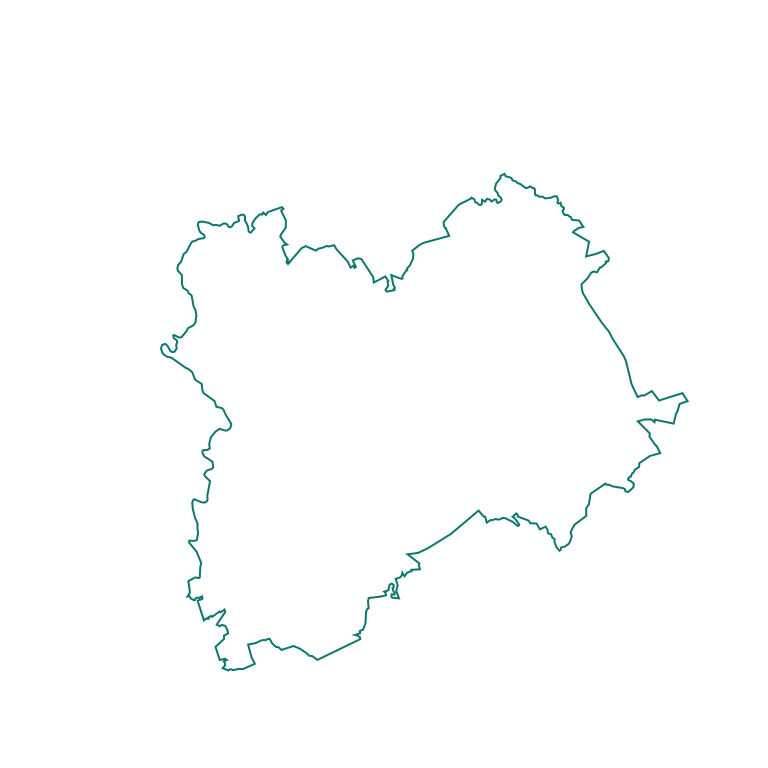 Valle de Santiago, Guanajuato, Mexico, rotated 335°
{"feature_id": "50627088B5903999082745", "entity_name": "Valle de Santiago", "entity_type": "district", "adm_level": 2, "iso_a3": "MEX", "parent_name": "Mexico", "parent_adm1": "Guanajuato", "projection": "orthographic", "projection_center": [-101.283, 20.397], "detail": "fine", "context": "isolated", "style": "outline", "palette": "teal", "viewbox_px": 768, "rotation_deg": 335, "n_neighbors": 0, "source": "geoboundaries", "source_scale": "gbopen_adm2", "svg_char_len": 6166}
<svg xmlns="http://www.w3.org/2000/svg" viewBox="0 0 768 768"><g transform="rotate(335 384 384)"><path d="M246.9,223.1L244.1,233.7L244.4,237.0L243.1,242.2L238.9,248.9L235.6,250.3L229.9,250.6L226.9,252.9L220.0,256.1L217.5,255.0L214.9,251.3L213.6,250.8L212.8,253.4L214.6,256.8L214.3,258.5L212.0,261.1L211.2,264.0L207.7,266.3L205.7,265.6L204.3,263.9L203.9,257.6L202.6,255.1L199.4,254.9L196.9,257.6L196.4,262.1L197.0,264.5L199.1,267.8L202.3,270.1L210.9,285.2L213.6,288.6L215.2,292.4L214.6,300.1L218.8,307.0L216.6,313.5L216.6,316.0L223.2,327.8L222.5,333.8L226.7,337.2L227.7,339.4L227.5,344.2L228.7,355.7L226.3,358.8L222.7,359.9L220.5,359.2L216.1,355.2L211.0,356.0L204.5,359.2L200.3,364.4L198.8,368.8L195.8,369.1L192.4,367.6L190.9,368.2L190.3,370.1L190.6,373.9L195.7,381.9L194.1,387.1L192.5,388.2L186.7,387.6L182.9,389.9L182.7,391.7L185.3,398.5L176.6,410.6L175.2,414.3L174.0,415.4L171.9,415.8L168.8,414.3L163.4,408.3L162.0,408.5L160.2,410.2L157.8,416.7L156.2,425.6L156.0,431.9L153.7,436.4L152.6,440.4L148.4,446.3L145.6,446.0L141.5,443.7L140.3,444.9L143.3,457.0L142.7,469.0L140.3,472.0L135.3,481.4L134.1,481.6L131.2,479.6L123.4,479.9L120.1,490.8L116.1,493.6L118.0,493.9L118.4,497.0L120.7,499.9L121.7,499.9L122.6,498.6L124.9,498.8L126.0,499.8L129.0,499.6L128.5,500.3L129.1,501.3L128.2,502.1L123.9,501.6L123.4,502.1L120.9,522.2L123.3,521.4L125.8,522.6L125.9,521.3L129.6,521.2L129.8,522.4L139.0,520.7L139.4,521.9L144.1,521.0L143.8,523.5L130.7,531.4L132.8,534.1L135.2,533.8L137.9,536.1L138.1,541.0L137.3,544.2L132.7,544.4L131.3,547.5L120.2,551.0L118.5,564.7L124.0,566.0L124.9,567.8L121.5,567.8L121.9,569.7L121.0,571.9L117.7,573.4L121.9,577.9L123.3,577.4L125.3,578.2L126.2,579.6L131.8,580.8L135.7,582.8L148.7,583.0L148.4,576.3L150.7,562.7L158.3,564.6L165.2,564.6L168.4,566.1L171.6,566.0L172.8,567.1L172.9,571.4L174.9,576.5L177.1,577.9L178.6,581.6L191.4,583.3L196.1,588.6L199.9,595.0L201.4,598.7L204.0,600.3L207.0,605.9L254.6,605.2L255.2,603.4L253.8,600.8L251.7,599.2L257.1,599.8L257.5,597.7L261.3,597.7L266.2,592.9L271.2,583.4L273.4,581.0L275.3,580.7L277.7,574.1L279.7,571.5L291.6,575.4L296.5,576.3L297.2,574.1L296.4,572.3L300.7,572.8L304.3,568.2L306.8,568.2L307.7,570.4L306.8,572.3L305.5,572.6L304.9,576.3L305.4,577.8L304.5,579.3L302.0,577.9L300.8,579.8L301.2,581.2L307.0,584.6L307.6,576.7L311.5,572.0L312.2,565.5L316.9,566.1L319.4,564.9L320.9,562.8L321.3,566.9L325.2,564.8L330.2,565.1L330.3,564.0L338.2,567.1L339.1,562.7L340.2,561.6L333.4,548.3L343.5,551.5L354.4,551.4L381.2,548.2L416.2,538.7L418.4,546.4L419.6,547.0L418.6,553.1L423.2,552.3L424.3,553.1L428.0,553.5L430.8,555.5L435.2,555.6L437.2,556.9L442.5,563.5L445.1,569.1L446.8,569.1L447.1,568.2L445.8,560.8L444.4,558.7L449.2,557.2L449.8,558.8L449.3,560.7L457.4,569.0L457.7,572.0L463.3,574.9L463.9,581.6L470.2,581.6L470.6,584.9L469.6,588.6L471.9,590.9L471.7,594.3L473.1,596.9L471.7,599.1L471.4,604.9L472.4,609.1L474.0,609.1L475.5,607.0L479.4,607.8L483.9,606.9L486.0,605.5L489.9,601.3L490.4,597.2L497.0,592.1L511.6,589.0L514.7,582.1L518.8,579.7L524.8,570.8L542.6,567.8L542.7,569.0L545.3,570.4L547.9,573.4L556.5,579.3L557.8,580.8L557.5,583.4L559.8,585.1L566.2,583.1L568.3,580.0L566.6,576.2L564.9,574.4L565.0,573.0L567.7,571.9L568.4,572.3L571.1,569.9L572.3,569.9L575.4,567.7L580.1,567.0L582.0,563.6L594.7,561.6L605.1,563.4L604.9,555.0L604.3,554.6L602.3,543.9L604.0,541.1L598.3,525.2L605.1,526.2L611.6,529.3L613.0,532.9L614.5,530.9L629.8,542.3L636.0,534.5L638.2,533.0L643.5,527.0L651.9,527.8L650.6,518.4L626.3,515.2L623.8,503.6L614.9,504.5L613.2,503.3L608.4,503.0L608.3,488.9L613.0,465.3L613.1,459.8L610.4,440.2L610.0,431.4L607.3,420.5L603.8,398.5L602.7,385.8L603.3,382.0L605.1,377.2L613.1,374.2L618.7,370.8L621.3,370.5L624.3,372.8L629.1,369.6L630.0,370.1L635.7,368.5L636.8,367.9L636.7,366.8L639.4,367.4L641.0,364.8L639.4,356.2L631.2,355.7L621.1,353.8L630.0,341.7L619.4,326.4L620.7,325.7L626.5,324.9L631.1,325.9L629.9,318.2L623.9,314.9L623.8,311.4L622.7,310.5L622.0,308.5L619.1,307.1L618.7,303.4L619.6,302.0L620.7,301.9L621.5,300.2L619.9,297.6L620.7,294.3L618.5,294.3L617.7,292.9L619.6,291.0L619.9,286.9L617.5,285.8L614.0,285.7L608.5,283.9L607.0,281.4L603.8,279.8L602.7,277.8L601.3,277.2L601.1,275.8L603.0,271.3L602.6,269.6L601.3,269.1L600.2,266.7L596.9,266.9L595.2,266.2L591.8,260.0L590.0,258.4L589.2,256.2L586.6,253.8L586.5,250.9L582.1,247.2L582.0,244.5L577.4,244.6L576.5,246.6L570.2,249.8L566.9,253.9L566.6,255.1L567.7,258.8L567.3,261.3L568.8,265.5L568.1,267.2L566.5,268.0L563.5,268.0L563.0,266.6L563.7,264.9L563.4,264.1L562.2,263.5L558.6,264.0L558.0,261.8L555.6,259.7L552.5,261.4L550.7,258.5L548.5,262.5L546.7,262.5L545.5,261.2L545.0,259.1L543.6,257.8L543.8,254.6L542.0,252.0L541.0,252.7L527.6,253.1L506.4,262.4L505.2,265.9L505.3,268.5L505.8,268.7L505.7,277.3L479.6,272.8L475.0,273.0L465.8,275.1L465.7,278.3L463.0,282.9L457.8,287.3L453.7,289.1L453.1,290.8L452.2,290.5L446.1,294.2L445.3,296.3L443.7,295.6L436.7,288.4L434.4,297.7L434.5,301.6L433.0,302.0L433.1,303.3L425.6,301.5L425.1,299.4L429.5,296.6L430.4,292.7L431.4,292.6L430.7,287.1L417.7,287.7L419.4,282.5L416.3,261.2L413.3,259.0L407.9,258.8L408.0,266.0L406.3,266.3L406.2,263.8L402.9,264.4L402.9,257.9L397.9,241.9L397.5,237.2L391.6,235.9L390.4,234.6L386.5,234.6L381.7,233.7L378.6,234.3L371.3,226.0L366.9,226.0L347.7,234.7L347.3,233.3L349.0,233.9L349.2,232.4L347.7,232.1L349.0,229.9L349.7,230.0L349.0,226.6L349.6,216.9L351.3,215.8L355.1,216.6L353.5,213.5L352.2,206.7L353.7,205.1L361.2,200.6L364.2,194.3L364.0,183.4L366.9,182.7L366.3,180.6L351.5,179.1L348.4,181.0L347.1,177.6L346.0,177.9L345.4,179.0L342.9,177.7L336.9,179.9L332.7,182.6L331.4,185.1L332.4,188.2L327.3,190.5L326.2,189.7L325.9,188.2L327.3,183.9L327.2,176.9L328.8,173.4L328.4,171.4L326.5,170.4L322.7,170.3L321.6,174.9L316.0,174.7L313.3,176.6L310.8,177.0L309.8,176.2L309.1,172.7L308.0,171.5L306.3,170.7L302.0,171.2L299.7,169.3L296.1,167.7L293.4,164.0L288.1,160.1L284.7,158.9L282.7,160.6L281.5,166.2L281.7,169.2L284.0,173.1L283.6,175.2L282.0,175.6L277.0,174.1L273.6,174.5L270.8,173.9L268.9,174.6L260.9,180.7L257.2,181.7L251.9,187.3L247.9,189.1L245.7,191.7L245.0,194.3L246.9,199.7L243.0,208.5L242.7,212.3L245.4,216.3L245.4,219.3L246.8,221.6L246.9,223.1Z" fill="none" stroke="#0f766e" stroke-width="2"/></g></svg>